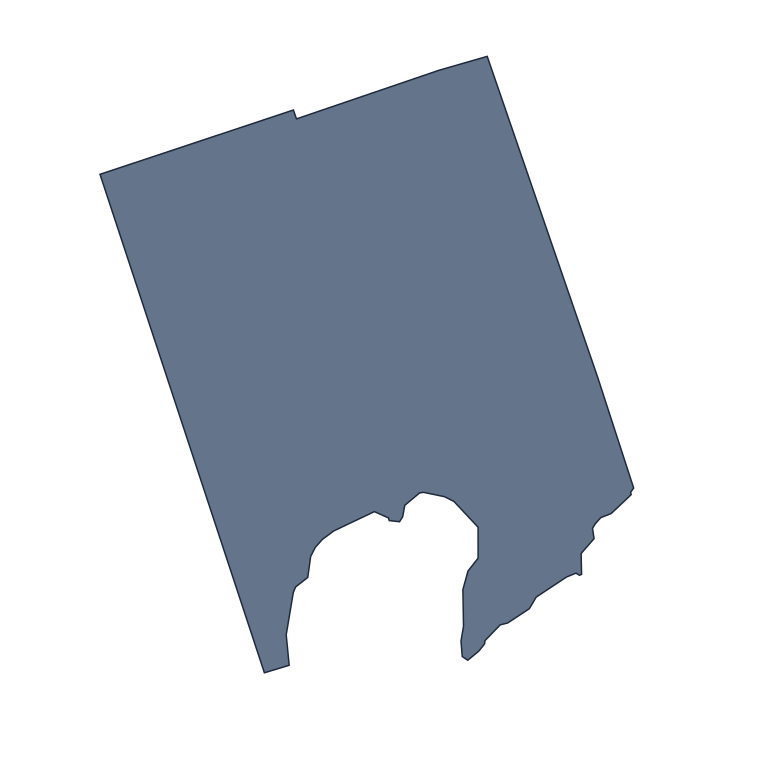 outline of Alpena, Michigan, United States of America, rotated 72°
{"feature_id": "52423323B18778524375348", "entity_name": "Alpena", "entity_type": "district", "adm_level": 2, "iso_a3": "USA", "parent_name": "United States of America", "parent_adm1": "Michigan", "projection": "natural_earth1", "projection_center": [-83.433, 45.032], "detail": "fine", "context": "isolated", "style": "filled", "palette": "slate", "viewbox_px": 768, "rotation_deg": 72, "n_neighbors": 0, "source": "geoboundaries", "source_scale": "gbopen_adm2", "svg_char_len": 839}
<svg xmlns="http://www.w3.org/2000/svg" viewBox="0 0 768 768"><g transform="rotate(72 384 384)"><path d="M104.3,184.6L102.6,234.4L104.8,385.3L95.4,385.5L96.8,589.1L96.8,589.3L621.7,587.0L622.2,561.1L592.3,554.5L554.3,534.7L549.7,530.8L544.4,516.3L525.3,507.0L518.1,499.8L512.7,490.5L508.2,477.1L502.4,432.6L512.7,421.2L515.5,421.2L519.8,411.8L516.1,407.3L505.8,401.7L498.6,383.8L499.3,379.8L509.8,361.4L517.4,353.7L549.3,338.8L578.7,348.3L587.8,361.9L603.9,372.5L639.1,383.3L652.2,390.2L667.4,393.8L672.6,389.7L667.4,376.5L662.3,368.7L659.3,367.3L649.0,347.9L649.5,340.2L642.6,315.2L633.7,305.1L624.0,270.2L623.2,259.9L626.3,257.2L626.1,254.9L606.1,248.9L596.0,232.0L585.7,230.3L582.2,226.2L578.1,219.2L577.4,207.9L565.6,183.1L563.2,182.9L560.1,178.7L443.5,178.7L104.3,184.6Z" fill="#64748b" stroke="#1e293b" stroke-width="1.5"/></g></svg>